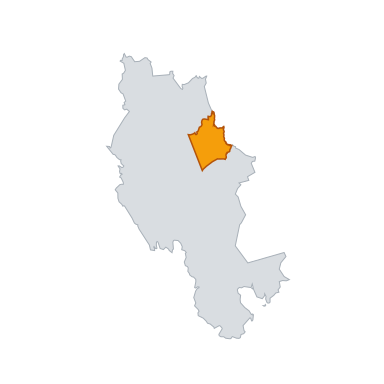 where Zhambyl sits in Kazakhstan, rotated 249°
{"feature_id": "KAZ-3252", "entity_name": "Zhambyl", "entity_type": "Region", "adm_level": 1, "iso_a3": "KAZ", "parent_name": "Kazakhstan", "parent_adm1": "", "projection": "equal_earth", "projection_center": [72.801, 44.147], "detail": "fine", "context": "in_parent", "style": "filled", "palette": "amber", "viewbox_px": 384, "rotation_deg": 249, "n_neighbors": 0, "source": "natural_earth", "source_scale": "10m", "svg_char_len": 6381}
<svg xmlns="http://www.w3.org/2000/svg" viewBox="0 0 384 384"><g transform="rotate(249 192 192)"><path d="M221.6,246.7L219.8,247.5L218.7,248.9L217.4,248.5L214.8,251.1L207.3,255.2L202.6,261.0L202.5,263.6L201.2,263.6L198.3,261.7L198.9,259.4L197.6,257.6L187.8,257.8L186.4,249.3L182.5,249.2L183.6,239.1L181.2,240.2L178.9,235.8L174.5,231.7L170.8,233.3L161.1,232.5L151.5,233.9L145.5,227.0L144.4,224.8L126.2,213.1L105.8,218.7L102.5,256.3L98.1,256.6L94.1,249.6L88.7,245.8L80.1,247.7L75.3,251.5L75.3,248.2L76.9,244.8L77.1,241.4L71.7,240.3L69.8,237.3L67.3,237.2L67.7,234.0L66.2,231.3L64.9,226.8L61.2,225.4L60.7,224.1L61.2,222.9L62.1,222.4L65.7,222.4L68.0,223.7L70.9,223.4L69.1,222.5L67.2,219.4L70.8,215.0L78.7,214.6L84.6,215.3L81.6,212.9L85.1,206.7L84.8,203.9L85.9,202.0L85.3,200.2L84.3,199.2L81.0,198.8L78.2,200.4L74.4,198.4L71.2,197.6L65.1,199.9L60.6,202.7L56.4,203.5L56.4,204.6L55.8,204.3L55.1,204.8L55.3,205.3L50.8,203.0L50.1,202.2L50.3,201.4L53.1,201.6L53.8,201.0L49.0,191.8L44.0,190.9L42.4,191.5L41.2,189.5L41.4,186.7L38.7,184.9L38.5,183.4L39.6,181.1L42.6,177.8L41.2,175.7L41.6,174.4L43.4,171.1L45.5,169.7L46.5,167.1L48.1,165.9L49.5,166.1L53.4,171.1L54.1,171.3L56.7,170.4L57.5,169.6L56.7,163.9L58.1,164.0L62.2,161.7L63.9,159.5L66.3,159.0L70.2,157.3L74.3,153.5L77.0,154.2L78.1,155.8L80.0,155.7L84.8,153.6L87.1,155.8L92.8,155.8L98.2,159.9L100.0,162.3L100.1,164.2L100.7,164.6L101.5,163.5L101.1,160.8L101.8,160.2L106.8,163.4L109.1,164.2L112.0,163.0L112.8,161.7L115.5,160.1L116.5,160.4L119.4,159.7L122.5,161.3L124.1,161.0L125.6,159.4L129.4,159.7L133.0,163.1L137.1,163.8L137.6,165.0L139.8,164.2L141.8,161.7L144.4,163.3L148.3,163.1L151.7,161.6L153.4,158.1L153.2,157.2L151.9,156.1L145.4,154.2L145.0,153.1L142.5,151.6L145.5,149.8L147.3,149.6L149.9,147.8L148.5,144.7L150.7,142.0L157.4,142.3L158.3,141.7L157.8,140.8L155.3,139.7L152.0,139.1L151.8,138.7L152.4,137.7L154.7,137.0L154.3,136.5L152.6,136.8L150.7,136.1L152.8,132.5L157.8,133.2L176.3,129.3L179.7,129.2L180.8,129.7L182.0,128.1L183.7,127.1L189.1,126.7L203.1,124.0L203.7,123.3L203.5,122.4L205.8,122.0L209.0,120.4L212.7,120.6L217.6,122.4L221.6,121.1L222.8,122.7L224.7,127.3L224.4,129.4L223.7,130.4L224.0,130.8L225.7,131.3L230.5,130.9L231.9,129.8L233.3,131.6L233.7,133.2L234.7,132.7L234.6,131.9L235.0,131.5L237.1,131.7L239.4,133.1L242.8,132.3L242.6,133.3L239.9,135.3L239.8,136.3L240.7,137.7L243.9,136.1L246.5,136.5L247.5,137.3L248.2,135.9L251.0,134.3L253.7,133.7L254.9,133.0L255.3,131.9L265.3,128.7L264.0,131.4L262.4,131.3L262.8,132.5L273.0,139.3L285.4,155.7L289.6,162.4L292.7,160.8L292.8,158.5L294.9,157.5L297.8,158.5L297.5,160.6L299.9,160.7L300.6,162.7L308.2,162.8L310.1,161.3L314.4,160.3L318.9,162.4L322.1,167.4L327.2,169.1L327.4,170.7L329.4,173.4L336.6,174.5L340.0,171.8L340.5,172.6L339.8,173.9L341.3,174.6L342.9,176.5L344.7,177.2L345.5,178.4L341.6,178.8L341.1,179.8L341.3,182.2L340.1,183.8L334.2,185.2L332.8,189.8L334.3,196.2L333.2,198.1L331.3,198.4L328.0,200.4L327.0,199.0L322.0,199.0L314.3,196.9L309.7,212.7L309.9,213.4L312.1,214.4L312.3,215.7L311.6,217.4L309.6,216.4L307.1,217.0L305.1,215.1L292.6,218.6L291.2,219.8L292.2,220.7L294.2,220.6L296.0,221.5L295.1,223.2L295.2,227.8L297.8,233.2L298.0,235.8L299.0,237.3L298.8,237.9L297.7,237.6L295.9,238.5L295.9,239.2L297.2,240.3L294.6,241.7L294.3,242.8L295.2,246.8L294.9,247.3L292.5,245.0L288.6,244.3L286.1,241.3L269.2,239.2L260.2,239.6L258.6,240.9L256.5,240.6L252.1,239.2L247.3,236.5L245.3,237.0L242.2,238.9L241.2,243.1L241.7,245.0L232.1,241.4L228.1,240.8L224.1,241.7L221.2,245.8L221.6,246.7ZM60.7,220.1L60.0,220.3L59.3,219.3L59.7,218.2L60.4,217.8L59.7,219.2L60.7,220.1ZM80.7,214.5L80.1,214.3L79.8,213.9L80.6,213.4L80.7,214.5Z" fill="#d9dde1" stroke="#a8b0b8" stroke-width="1"/><path d="M255.2,240.5L254.5,240.2L254.3,240.1L254.1,240.0L253.6,239.8L253.4,239.7L253.2,239.5L252.5,239.2L251.6,239.1L251.3,239.0L250.5,238.4L250.4,238.2L250.2,237.9L249.9,237.7L249.6,237.6L249.3,237.4L249.0,237.4L248.8,237.3L248.4,237.0L248.2,236.9L247.9,236.8L247.7,236.7L247.3,236.4L247.1,236.3L247.3,236.6L247.4,236.9L247.2,237.0L246.0,237.1L245.9,237.0L245.6,236.8L245.4,236.7L245.2,236.9L244.9,237.6L244.6,237.8L244.3,237.8L244.2,237.8L242.8,238.3L242.5,238.5L242.3,238.6L242.2,238.8L241.9,239.6L241.8,239.9L241.7,240.0L241.7,240.4L241.8,240.7L241.8,240.9L241.8,241.1L241.6,241.5L241.2,242.4L241.1,242.8L241.1,243.2L241.1,243.5L241.3,243.8L241.8,244.9L241.8,245.1L241.6,245.1L241.1,245.0L240.4,244.8L240.3,244.7L240.3,244.2L240.2,244.0L239.5,243.9L239.3,243.9L239.2,243.8L239.1,243.7L238.8,243.6L238.4,243.6L237.4,243.7L237.1,243.7L236.9,243.6L236.6,243.5L236.4,243.3L236.1,242.9L235.9,242.7L235.7,242.5L234.6,242.3L234.0,242.3L233.7,242.2L232.8,241.6L232.3,241.4L231.3,241.4L231.1,241.4L230.9,241.5L230.5,241.5L229.6,241.0L229.1,240.8L228.9,240.7L228.6,240.7L228.4,240.8L227.8,240.8L227.6,240.9L226.7,241.4L226.5,241.5L226.5,241.4L226.1,241.2L225.8,241.2L225.5,241.1L225.3,241.1L225.1,241.2L225.1,241.3L224.9,241.5L224.7,241.7L224.3,241.5L224.2,241.5L223.8,241.9L223.7,242.0L223.3,242.2L223.3,242.3L223.2,242.5L223.2,242.9L223.2,243.0L222.4,243.3L222.1,243.4L222.2,243.8L222.5,244.2L222.6,244.3L222.5,244.5L222.4,244.6L221.9,244.3L221.6,244.6L221.6,244.8L221.5,245.0L221.6,245.3L221.3,245.7L221.2,245.8L220.7,245.4L220.7,245.2L220.5,244.8L219.9,244.6L219.1,243.7L218.7,243.6L218.5,243.2L218.2,242.8L217.6,242.3L217.3,242.2L216.7,242.0L216.3,241.4L216.2,240.5L216.3,239.8L216.2,239.4L216.3,239.1L215.8,238.8L216.0,238.5L215.8,238.2L215.5,238.3L215.2,238.0L215.1,237.4L214.5,237.1L213.9,236.8L213.5,236.7L212.9,236.7L212.1,236.4L211.7,236.3L211.3,235.6L211.3,235.2L211.0,234.9L210.6,234.7L210.8,234.4L211.5,233.5L213.5,228.1L213.8,227.8L213.7,227.0L213.0,222.0L210.9,214.7L209.3,210.7L208.3,209.3L246.9,209.1L246.0,210.9L245.8,213.3L246.0,214.9L246.1,215.5L246.3,215.9L244.4,216.0L244.1,216.9L244.8,217.9L245.6,217.9L246.3,218.0L246.4,218.9L246.8,219.6L249.8,222.1L249.9,223.5L250.4,224.6L251.5,225.6L253.3,225.8L254.6,226.5L255.4,227.2L256.0,228.0L255.9,229.1L255.6,230.0L253.6,233.2L254.3,233.5L254.9,233.6L255.3,233.5L255.5,233.8L256.2,233.8L256.9,234.2L256.4,234.9L255.9,235.9L256.0,236.4L256.1,236.7L256.2,237.0L256.4,237.3L257.1,237.9L258.0,238.2L258.7,238.8L258.2,239.2L259.7,239.4L259.9,239.6L259.7,239.6L259.4,240.4L259.3,240.5L259.1,240.7L258.9,240.9L258.7,240.9L258.5,241.0L258.0,240.8L257.8,240.7L257.5,240.8L255.7,240.5L255.2,240.5Z" fill="#f59e0b" stroke="#b45309" stroke-width="1.5"/></g></svg>